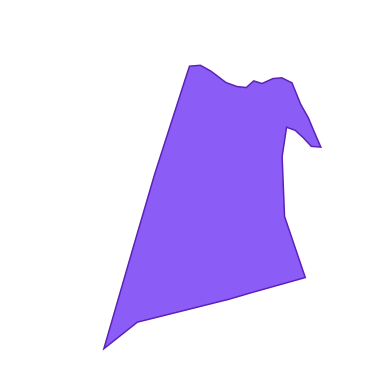 Telha, Sergipe, Brazil (Albers equal-area conic projection), rotated 340°
{"feature_id": "56859067B37767461390703", "entity_name": "Telha", "entity_type": "district", "adm_level": 2, "iso_a3": "BRA", "parent_name": "Brazil", "parent_adm1": "Sergipe", "projection": "albers", "projection_center": [-36.872, -10.187], "detail": "fine", "context": "isolated", "style": "filled", "palette": "violet", "viewbox_px": 384, "rotation_deg": 340, "n_neighbors": 0, "source": "geoboundaries", "source_scale": "gbopen_adm2", "svg_char_len": 549}
<svg xmlns="http://www.w3.org/2000/svg" viewBox="0 0 384 384"><g transform="rotate(340 192 192)"><path d="M326.7,162.1L324.1,146.5L323.3,123.6L315.4,115.4L306.9,113.1L294.9,114.0L288.0,108.7L278.7,112.4L270.2,108.2L261.3,100.7L251.1,84.9L243.2,75.8L232.7,72.9L224.6,83.2L171.6,151.4L163.3,162.1L117.4,224.5L55.6,309.1L96.2,295.6L176.6,304.0L189.8,305.4L212.2,306.8L269.2,311.1L270.6,246.6L288.8,189.6L303.0,163.5L310.0,169.3L315.2,179.2L319.7,189.9L328.4,193.9L327.2,173.3L326.7,162.1Z" fill="#8b5cf6" stroke="#5b21b6" stroke-width="1.5"/></g></svg>